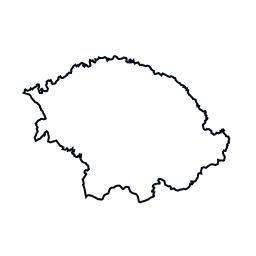 the district of São Francisco de Assis, Rio Grande do Sul, Brazil, rotated 339°
{"feature_id": "56859067B81817993019000", "entity_name": "São Francisco de Assis", "entity_type": "district", "adm_level": 2, "iso_a3": "BRA", "parent_name": "Brazil", "parent_adm1": "Rio Grande do Sul", "projection": "mercator", "projection_center": [-55.147, -29.45], "detail": "fine", "context": "isolated", "style": "outline", "palette": "ink", "viewbox_px": 256, "rotation_deg": 339, "n_neighbors": 0, "source": "geoboundaries", "source_scale": "gbopen_adm2", "svg_char_len": 5761}
<svg xmlns="http://www.w3.org/2000/svg" viewBox="0 0 256 256"><g transform="rotate(339 128 128)"><path d="M125.4,201.3L126.3,200.9L127.1,201.2L128.1,200.8L127.8,199.2L129.5,197.3L127.7,196.0L128.1,195.2L129.5,195.2L129.8,194.1L131.1,193.3L130.8,192.4L130.2,191.6L130.5,190.9L131.6,190.2L132.9,190.1L135.5,190.4L137.5,191.2L138.0,190.5L137.5,187.6L138.2,187.0L139.0,186.7L140.4,187.5L142.9,190.5L142.5,194.4L144.8,197.0L146.0,197.2L146.6,197.9L146.7,198.9L146.2,199.8L146.3,200.6L149.4,200.8L149.9,202.2L150.4,203.1L152.1,204.3L155.0,204.3L155.9,204.6L158.3,204.7L159.9,205.9L162.5,205.4L164.6,204.5L165.9,202.7L166.9,203.3L167.7,203.5L168.6,202.8L167.6,201.3L168.0,200.5L170.0,201.6L170.9,201.8L172.5,201.5L173.3,200.6L174.8,199.6L175.5,198.9L176.5,197.0L177.3,195.9L178.6,195.9L180.1,196.8L180.4,194.6L181.4,193.7L182.5,191.8L184.6,191.8L186.8,193.2L188.8,192.4L191.9,191.8L192.9,191.8L194.5,192.5L196.4,193.9L198.9,193.8L199.6,192.4L200.3,191.6L200.7,190.0L202.1,191.3L203.8,191.8L205.1,192.6L206.1,192.6L208.1,189.6L207.7,187.8L207.6,186.4L208.0,184.4L209.6,183.4L210.3,184.2L211.0,184.3L212.3,182.6L213.4,181.9L213.6,180.8L214.8,180.0L214.5,179.1L215.7,178.2L216.5,178.2L217.2,177.5L217.1,176.3L218.4,175.0L218.7,174.1L218.3,173.3L218.7,172.1L217.8,171.5L216.6,170.9L216.8,169.9L215.3,166.1L215.7,165.2L216.8,164.7L216.5,163.5L215.3,163.2L214.0,164.5L213.2,164.0L212.8,165.4L211.9,165.3L210.9,165.5L208.9,164.0L208.0,164.9L206.0,165.2L205.4,164.7L205.2,163.7L204.1,162.5L204.8,160.6L204.1,159.7L203.4,158.2L201.9,157.8L201.2,157.1L200.0,157.6L199.1,157.2L198.6,156.4L198.3,155.5L198.7,154.0L198.8,152.6L199.2,151.6L200.9,151.3L202.0,150.7L202.5,148.9L203.7,148.8L204.4,147.4L205.2,147.9L205.7,147.2L205.0,145.5L205.7,144.6L204.9,143.7L205.5,143.0L205.0,141.9L206.3,141.1L206.1,139.8L204.4,139.7L203.7,139.1L203.3,137.9L201.6,136.1L201.4,134.1L202.4,133.0L201.5,132.1L200.5,132.4L200.7,131.2L201.5,130.8L200.9,128.3L201.0,126.9L201.3,126.0L200.6,125.2L199.1,124.2L199.1,123.0L198.0,120.9L197.8,119.7L196.9,118.8L196.9,117.4L196.4,116.7L197.6,114.4L196.4,113.8L197.2,113.3L197.3,112.1L195.9,111.6L196.1,110.1L194.8,109.6L195.5,109.1L194.9,108.1L192.8,106.6L192.6,105.0L191.5,103.9L190.2,102.1L190.0,101.0L189.5,100.1L189.9,99.2L189.7,98.0L188.7,97.5L188.3,96.5L186.7,95.1L185.2,95.4L182.7,92.8L182.1,91.7L181.3,91.2L180.0,89.5L179.0,89.9L178.1,90.9L176.2,87.6L173.1,87.5L172.3,87.1L172.0,85.0L172.6,84.0L171.9,83.3L170.7,81.6L170.8,80.6L170.4,79.8L170.1,78.6L169.6,77.6L168.7,76.8L166.5,76.6L165.7,75.6L164.6,75.0L164.0,74.1L163.0,73.8L161.8,73.7L161.4,72.8L161.0,70.5L159.0,70.2L157.4,70.3L157.0,68.5L157.4,66.6L156.5,67.0L155.4,67.9L154.2,67.8L155.1,66.9L154.9,64.9L154.0,64.8L152.6,66.7L151.5,66.8L150.3,65.2L151.5,63.0L151.3,61.8L150.3,61.5L149.6,60.7L147.7,61.1L144.2,60.4L143.2,58.8L143.1,57.8L142.3,57.1L141.7,56.3L140.4,56.2L139.2,57.6L137.9,58.1L135.7,57.7L134.6,56.3L134.1,57.1L132.9,57.7L132.8,54.9L131.9,53.5L129.6,53.7L126.7,52.6L126.1,51.7L124.8,53.0L123.6,53.2L122.2,52.2L121.5,54.3L120.6,55.0L119.4,54.0L119.2,52.4L118.3,52.6L117.0,50.9L115.9,52.4L115.5,56.0L114.8,56.5L113.8,56.6L113.0,56.6L112.3,55.6L111.8,54.3L110.5,54.4L109.2,55.2L108.4,53.7L109.0,52.4L110.0,52.5L109.2,51.5L108.1,50.5L106.1,51.2L104.0,52.4L103.9,51.3L102.0,51.9L101.5,50.1L100.8,50.4L99.5,50.5L98.1,51.8L96.7,52.6L95.7,53.5L95.6,54.5L94.5,56.1L93.0,55.2L91.8,55.9L90.8,55.7L90.2,56.8L89.4,56.6L88.2,57.4L86.7,57.5L85.9,57.9L84.8,57.8L83.8,57.5L83.4,55.7L82.6,56.0L81.3,55.0L81.8,56.0L80.7,56.5L80.5,57.8L79.0,58.3L77.6,58.9L76.6,60.0L75.4,60.3L74.2,59.9L73.3,60.0L72.8,58.6L73.3,57.7L73.1,55.7L71.7,56.0L71.0,55.1L68.6,55.5L68.5,56.6L68.1,57.7L67.3,58.0L66.8,59.3L67.3,62.7L66.0,64.2L65.1,64.5L63.0,63.5L62.0,62.4L61.9,60.6L61.0,60.5L60.4,61.3L61.1,62.5L60.2,64.5L58.2,63.7L58.1,62.9L58.3,59.1L59.5,58.0L59.9,57.3L60.3,55.4L59.1,54.8L58.3,54.9L57.8,56.3L54.1,56.8L52.6,57.7L51.4,56.1L50.2,57.4L47.6,57.2L46.5,56.1L46.2,55.2L45.4,55.4L44.4,57.4L43.3,57.8L45.3,59.5L48.0,61.5L48.6,63.4L48.7,65.3L49.4,67.5L50.0,68.6L50.4,70.5L52.3,72.1L52.5,73.2L53.2,74.3L53.7,76.4L53.2,77.2L53.6,78.9L53.3,80.0L53.9,80.8L54.3,82.2L54.1,83.7L54.3,85.0L54.7,85.8L54.5,87.1L54.5,89.8L53.2,89.8L52.0,89.4L51.4,88.9L49.8,88.3L49.0,88.8L47.0,88.8L43.4,90.8L43.8,91.8L43.4,92.6L43.7,95.2L42.5,96.0L42.5,98.9L40.4,100.4L39.1,102.2L38.3,102.6L37.3,103.7L37.4,105.7L37.3,106.9L39.1,106.8L40.2,106.3L41.7,106.6L42.7,106.3L43.5,105.6L45.5,104.9L46.8,104.2L47.2,105.1L48.1,104.6L48.2,103.0L49.7,102.1L50.9,101.8L51.6,103.5L51.0,107.5L50.8,108.3L48.6,111.9L49.2,112.3L49.7,113.2L50.5,113.6L56.5,114.0L58.3,120.4L59.4,120.9L59.8,121.9L60.7,122.9L59.4,124.3L60.2,124.7L61.0,125.5L62.2,125.8L63.8,125.2L64.2,126.5L63.7,127.7L64.9,127.7L65.6,128.2L66.6,127.5L67.5,128.1L68.8,127.3L68.4,128.5L68.9,129.4L69.7,129.5L69.1,130.6L67.4,130.3L66.8,131.0L67.3,132.4L68.5,133.7L67.9,134.8L68.5,135.4L69.0,136.3L70.0,136.9L71.1,136.3L71.9,137.2L71.9,136.1L72.8,136.1L73.5,135.2L74.7,136.0L74.0,137.1L73.8,138.0L72.6,139.5L72.6,140.7L73.2,143.2L74.4,144.5L76.1,145.9L76.2,147.3L77.0,148.2L77.3,149.5L76.6,151.1L76.7,152.4L74.8,153.1L74.1,152.5L73.4,152.3L72.2,152.7L71.6,153.4L71.4,154.5L72.5,155.4L72.5,156.3L71.8,156.6L70.6,157.5L69.5,158.2L68.1,159.4L67.3,159.7L67.2,161.4L66.7,164.4L65.6,164.9L65.8,168.1L64.1,177.4L65.8,176.5L66.6,176.5L68.2,177.1L70.3,178.7L74.7,183.8L77.9,185.4L79.1,185.0L81.5,182.5L82.3,182.1L86.2,182.0L88.5,179.1L89.8,178.1L91.1,177.9L92.1,178.1L93.0,178.5L94.1,178.5L95.4,177.9L97.6,178.1L99.4,178.8L100.0,179.6L100.9,182.3L101.4,183.0L102.1,183.2L104.5,182.2L105.8,182.5L107.4,183.6L107.3,188.0L108.9,190.4L111.8,192.5L112.5,194.6L112.6,195.9L111.9,199.9L112.0,200.9L112.8,201.7L118.1,202.0L121.5,201.9L124.1,201.1L125.4,201.3Z" fill="none" stroke="#020617" stroke-width="2"/></g></svg>